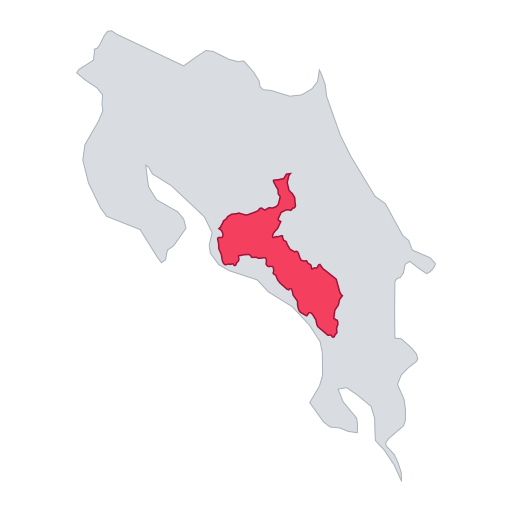 San José on a map of Costa Rica (Equal Earth projection)
{"feature_id": "CRI-1331", "entity_name": "San José", "entity_type": "Province", "adm_level": 1, "iso_a3": "CRI", "parent_name": "Costa Rica", "parent_adm1": "", "projection": "equal_earth", "projection_center": [-83.994, 9.633], "detail": "fine", "context": "in_parent", "style": "filled", "palette": "rose", "viewbox_px": 512, "rotation_deg": 0, "n_neighbors": 0, "source": "natural_earth", "source_scale": "10m", "svg_char_len": 6600}
<svg xmlns="http://www.w3.org/2000/svg" viewBox="0 0 512 512"><path d="M435.3,263.4L434.7,266.1L432.8,268.9L430.1,271.7L426.6,273.7L418.1,267.9L409.8,261.3L405.2,264.3L403.4,272.9L400.4,277.3L396.5,279.0L394.9,281.9L394.6,310.8L394.9,338.1L401.2,338.7L411.8,348.2L416.3,353.8L417.8,358.9L416.4,361.5L408.7,367.4L401.2,375.0L397.5,384.4L404.1,399.6L405.5,409.9L405.3,420.7L403.5,425.9L388.9,438.3L385.7,442.6L386.1,445.8L394.1,454.3L398.0,462.6L401.2,472.6L401.6,481.3L394.3,465.2L384.1,449.9L375.3,440.4L374.6,418.3L371.1,406.4L357.8,395.3L346.5,387.6L338.1,389.2L343.2,401.9L356.6,418.1L357.5,424.4L357.3,432.7L348.1,431.4L340.0,428.0L330.1,427.0L323.6,422.0L309.7,402.6L319.5,386.0L322.6,375.1L322.3,352.6L320.1,341.7L309.4,325.1L292.3,306.8L268.4,291.9L257.2,279.9L229.3,270.7L218.7,264.6L210.4,253.3L209.2,245.2L212.1,232.7L204.4,216.8L171.2,185.6L152.6,174.1L148.6,167.3L145.7,165.2L148.5,186.8L156.6,199.8L177.8,211.9L183.7,219.0L186.0,228.2L173.7,245.7L167.4,250.2L165.5,259.8L161.5,262.7L157.3,257.2L140.1,229.6L106.8,216.4L100.8,208.3L88.5,183.1L82.8,160.1L84.9,144.8L98.6,121.0L102.9,110.6L102.0,104.2L102.5,94.8L97.4,88.2L84.8,79.7L76.7,72.8L79.0,69.4L93.5,60.1L94.4,51.8L94.3,49.1L96.7,48.5L98.8,46.3L100.1,44.0L104.1,36.0L107.5,31.4L111.5,30.7L116.4,34.1L134.6,42.7L154.9,52.3L183.7,65.9L195.7,57.2L206.0,50.5L213.2,51.5L228.7,59.2L238.1,61.7L243.8,60.9L253.7,72.3L259.1,80.9L260.0,86.6L263.1,89.7L270.8,90.4L289.8,96.2L301.3,95.0L311.9,88.9L317.6,81.5L319.4,70.0L322.1,75.7L325.2,84.7L326.6,96.3L340.2,135.0L351.1,156.8L375.0,196.3L385.3,203.6L402.7,235.4L408.8,240.6L412.2,250.0L430.2,257.8L435.3,263.4Z" fill="#d9dde1" stroke="#a8b0b8" stroke-width="1"/><path d="M272.1,208.0L273.2,207.8L276.0,206.6L278.1,204.9L279.4,200.1L280.1,197.2L280.0,196.2L279.6,195.7L279.1,195.1L278.2,193.8L278.1,190.3L277.8,189.2L276.4,187.1L273.9,182.3L273.5,181.1L273.4,180.4L274.0,180.1L278.7,179.7L280.8,179.1L283.2,178.8L283.7,178.6L284.3,177.7L286.4,174.1L290.4,173.6L289.4,174.8L288.7,176.1L287.2,182.6L288.8,189.5L289.0,190.1L289.4,190.7L290.3,191.8L291.2,192.7L291.7,193.0L292.0,193.2L294.1,196.5L294.5,197.3L294.8,198.5L295.0,202.3L295.5,205.5L295.2,206.6L294.9,207.2L294.5,207.7L293.9,208.0L292.6,208.2L291.3,210.1L290.9,210.3L290.5,210.4L290.2,210.3L290.0,210.1L289.0,209.9L286.1,209.9L286.0,210.0L281.1,212.4L278.3,218.6L278.1,219.8L278.3,220.0L278.7,220.3L280.8,221.5L277.7,228.2L276.9,229.3L275.6,230.5L273.7,232.8L273.0,234.4L272.7,235.3L272.6,236.0L272.6,236.4L272.7,236.8L272.8,237.2L272.9,237.4L273.2,237.6L273.5,237.6L273.8,237.6L275.1,236.9L276.0,236.6L276.3,236.5L276.9,236.7L277.5,236.9L281.5,235.7L282.4,235.8L282.6,237.2L282.8,237.9L283.0,238.7L283.7,240.4L285.8,241.3L286.4,242.0L286.5,242.3L286.5,242.6L287.4,244.7L289.8,248.9L290.4,249.6L290.7,249.7L292.0,250.3L294.2,251.7L294.7,251.9L295.0,251.8L295.2,251.6L295.6,251.4L296.0,251.3L296.9,251.4L297.3,251.6L297.6,251.9L297.8,252.2L298.6,254.0L299.3,256.0L299.4,256.4L299.6,257.1L300.1,258.2L300.6,259.3L301.0,259.9L301.3,260.2L301.6,260.4L303.9,261.0L304.4,261.0L306.5,260.7L307.7,262.9L308.0,263.2L308.5,263.7L310.2,264.4L310.6,264.8L310.9,265.2L311.0,265.5L311.4,267.1L311.6,269.0L311.8,269.2L312.0,269.2L313.5,268.2L314.0,268.0L314.3,267.9L315.6,268.0L316.0,268.0L316.3,268.0L316.6,267.9L316.8,267.7L317.1,267.6L317.3,267.4L317.5,267.1L317.6,266.9L318.2,265.6L318.6,264.9L319.9,264.4L322.6,268.2L323.5,269.3L324.6,269.9L324.9,270.1L336.2,279.2L339.8,292.2L340.7,293.9L341.0,294.4L342.4,295.7L340.0,298.9L339.7,299.5L339.4,300.2L338.7,303.8L338.4,304.6L338.2,305.2L335.2,309.6L334.9,310.3L334.8,310.6L333.8,317.9L333.8,318.3L333.9,318.6L334.1,318.8L335.1,319.0L335.3,319.2L335.5,319.4L335.7,319.7L335.9,319.9L336.1,320.0L336.4,320.0L336.7,320.0L337.0,320.0L337.3,320.5L337.4,320.8L337.5,321.1L337.7,321.7L337.8,322.5L337.9,324.3L337.7,325.1L336.8,327.2L336.7,327.9L336.6,328.5L336.9,331.8L336.8,332.6L336.7,333.1L336.5,333.4L336.3,333.6L336.0,333.7L335.7,334.0L335.3,334.5L334.2,336.7L334.0,336.9L333.7,337.1L333.2,337.2L332.9,337.2L332.6,337.0L332.1,336.7L332.0,336.4L331.5,335.7L331.0,335.2L330.8,335.1L330.4,335.0L330.1,335.0L329.2,335.2L328.0,335.3L327.8,335.2L318.0,326.8L317.3,325.6L317.0,325.0L316.9,324.7L316.1,321.0L316.0,320.6L316.0,320.2L315.6,319.4L313.2,315.4L311.7,313.5L310.6,312.8L310.3,312.7L310.0,312.6L309.7,312.6L309.4,312.7L309.1,312.8L308.8,312.9L308.6,313.1L308.4,313.3L307.4,315.1L307.2,315.3L307.0,315.5L306.8,315.7L306.5,315.7L305.7,315.4L300.3,312.2L299.6,311.3L299.2,310.7L298.9,310.1L298.4,308.7L297.7,305.8L297.5,304.2L297.5,303.4L297.6,301.9L297.3,301.0L296.5,299.8L293.1,295.1L293.0,294.7L292.5,291.9L292.3,291.4L291.6,289.5L291.2,289.0L290.9,288.7L290.6,288.6L290.3,288.6L290.0,288.7L289.7,288.8L289.4,288.9L289.2,289.1L289.0,289.4L288.8,289.6L288.7,289.9L287.0,289.2L280.0,283.0L277.6,279.8L275.8,275.3L273.5,273.9L273.1,273.0L273.3,272.3L273.6,271.6L273.7,271.0L273.7,270.1L273.4,268.3L273.2,267.6L273.0,267.0L272.7,266.8L272.2,266.5L271.2,266.4L269.8,266.4L268.8,266.6L268.3,266.5L267.5,266.1L266.7,265.1L266.3,264.5L266.1,264.0L266.1,263.5L266.2,262.6L266.4,261.4L266.4,260.8L266.4,260.2L266.1,259.0L265.9,258.4L265.5,258.0L265.2,257.9L264.3,257.7L259.5,258.3L257.9,258.1L256.5,257.3L252.6,257.4L251.5,257.2L251.3,257.0L250.6,255.7L250.2,255.3L249.6,254.7L248.0,254.5L243.5,254.8L240.6,255.5L239.4,255.5L238.8,255.6L238.5,255.9L238.5,256.2L238.9,259.1L238.8,260.0L238.7,260.3L238.5,260.8L238.1,261.3L236.9,262.6L236.6,262.9L236.4,263.2L235.8,265.0L235.5,265.3L235.2,265.5L234.9,265.6L234.5,265.5L234.3,265.4L234.0,265.2L233.8,265.0L233.3,264.2L233.1,264.0L232.8,263.9L232.5,263.8L232.2,263.8L230.5,264.4L230.1,264.4L229.8,264.4L229.1,264.0L225.7,264.7L224.6,264.5L224.3,264.2L223.5,263.2L222.9,262.0L222.4,260.7L222.1,259.6L221.4,254.8L221.3,254.5L218.9,248.9L218.7,248.1L218.7,247.6L218.7,244.8L218.5,243.1L217.7,239.4L217.6,239.0L217.6,238.7L217.7,238.3L217.9,238.0L218.1,237.8L218.3,237.6L218.6,237.5L219.3,237.4L221.3,237.5L221.7,237.5L222.0,237.4L222.2,237.2L222.4,237.0L222.6,236.7L222.8,236.1L223.0,234.9L222.9,234.1L222.8,233.5L222.3,232.2L221.7,231.1L221.5,230.8L221.1,230.3L220.7,229.9L219.9,229.3L218.9,228.7L219.8,227.6L220.6,227.6L220.8,227.3L220.9,226.2L221.1,225.7L223.1,222.4L223.1,221.9L223.1,221.6L223.4,221.1L224.1,220.4L226.0,219.1L227.2,217.4L227.4,217.1L227.5,216.9L228.3,216.2L231.6,214.2L236.4,213.7L239.0,213.0L241.1,213.8L243.2,214.3L243.7,214.5L244.2,214.6L245.5,214.8L246.0,215.1L247.9,214.7L255.1,212.0L258.1,210.7L259.7,208.5L261.5,208.0L263.6,209.5L264.9,210.1L268.8,207.8L269.3,207.7L272.1,208.0Z" fill="#f43f5e" stroke="#9f1239" stroke-width="1.5"/></svg>